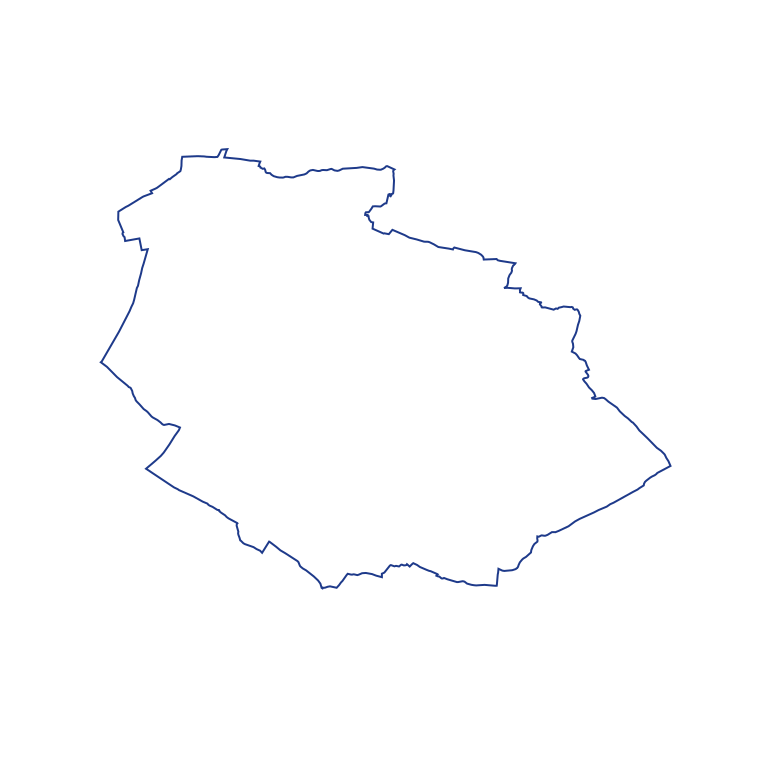 outline of Gornet-Cricov, Prahova, Romania, rotated 13°
{"feature_id": "2599482B42939343868004", "entity_name": "Gornet-Cricov", "entity_type": "district", "adm_level": 2, "iso_a3": "ROU", "parent_name": "Romania", "parent_adm1": "Prahova", "projection": "equal_earth", "projection_center": [26.28, 45.085], "detail": "fine", "context": "isolated", "style": "outline", "palette": "blue", "viewbox_px": 768, "rotation_deg": 13, "n_neighbors": 0, "source": "geoboundaries", "source_scale": "gbopen_adm2", "svg_char_len": 6143}
<svg xmlns="http://www.w3.org/2000/svg" viewBox="0 0 768 768"><g transform="rotate(13 384 384)"><path d="M571.8,496.0L574.4,495.8L575.4,495.5L577.3,494.2L580.9,490.6L584.4,489.8L587.3,487.8L595.8,481.1L601.1,474.9L605.0,471.4L617.5,461.9L621.5,458.5L628.6,453.4L631.5,450.2L634.3,448.1L650.8,433.2L654.8,429.8L656.3,428.0L659.9,424.4L659.8,422.7L660.3,420.7L661.3,419.2L664.4,415.4L665.9,413.9L668.3,412.0L669.6,410.5L670.3,409.2L681.6,399.4L678.5,395.2L675.8,392.6L673.4,389.6L672.4,388.9L669.0,386.8L664.2,384.8L652.5,377.3L643.2,371.8L639.6,368.6L635.2,365.6L634.0,365.3L629.4,362.6L625.7,361.0L619.9,357.6L616.3,354.6L606.6,350.7L603.3,348.9L601.6,348.2L599.5,348.3L593.6,351.0L590.3,351.4L589.9,350.8L592.2,349.2L592.7,348.5L590.7,345.5L587.9,343.3L584.6,341.3L581.3,338.2L578.6,336.3L576.9,334.7L577.0,334.2L577.7,333.4L580.4,332.2L581.2,331.5L581.4,330.7L581.2,329.9L580.7,329.2L577.6,326.6L577.6,326.1L577.9,325.8L580.5,324.0L577.5,320.3L575.6,317.2L574.7,316.2L573.7,316.1L573.1,315.6L569.2,315.6L568.1,314.8L565.6,312.5L563.7,311.2L559.7,310.2L560.2,305.6L559.1,302.3L557.9,300.4L557.7,299.4L559.4,292.0L559.7,289.3L559.7,282.7L560.1,278.7L559.9,273.3L558.6,271.8L557.5,269.8L556.1,268.3L555.4,267.9L554.8,268.0L553.1,268.8L551.5,268.1L550.7,266.9L549.6,266.7L548.3,267.2L541.6,268.1L539.6,269.2L537.2,270.3L536.3,271.7L534.6,271.7L532.6,273.4L523.9,273.1L520.7,273.9L520.4,273.8L520.1,273.0L517.9,271.2L517.9,270.6L518.8,269.4L518.6,269.1L515.8,269.3L514.0,268.3L511.1,267.8L506.3,267.9L504.4,267.2L503.9,266.6L503.2,266.2L499.6,266.0L499.3,264.2L498.9,263.9L498.2,263.8L497.1,264.1L495.9,264.1L495.8,263.3L495.3,262.0L495.6,260.0L490.2,261.4L482.6,262.5L479.4,263.5L481.5,261.4L482.0,260.2L482.1,257.4L481.3,253.2L481.8,249.8L482.1,248.9L483.0,247.0L483.2,245.3L483.2,244.7L482.7,243.6L482.6,242.4L483.2,239.5L484.0,238.6L484.2,237.9L484.6,237.6L484.9,236.8L469.2,237.9L466.9,237.8L465.6,236.9L453.2,240.3L452.4,238.3L451.6,237.5L449.6,236.2L446.4,235.1L444.0,234.8L432.7,235.5L421.8,235.2L421.0,236.5L420.9,237.4L416.8,237.5L406.1,238.3L401.2,236.7L396.5,235.6L395.0,235.5L391.1,236.3L383.4,235.8L375.8,235.7L370.8,234.3L357.5,231.9L355.0,236.9L350.4,237.1L349.8,237.5L337.9,235.2L337.1,229.0L335.1,229.1L332.7,227.2L331.5,225.0L331.2,223.9L330.8,223.8L330.0,224.0L329.9,223.0L327.6,223.5L327.4,221.7L327.8,220.7L330.3,220.1L330.7,219.7L332.4,215.8L333.1,213.5L335.3,212.8L340.5,211.9L341.2,211.4L343.9,208.2L344.5,207.8L345.7,207.4L345.7,198.4L346.8,197.6L347.1,197.6L347.6,198.3L347.8,199.5L348.2,199.6L348.8,197.8L348.8,197.1L349.8,196.5L350.0,196.0L349.7,193.2L348.0,183.5L346.3,178.7L346.1,177.0L345.1,174.7L345.1,174.0L345.4,173.2L345.9,172.6L338.2,171.0L337.3,171.3L336.9,171.7L336.2,172.9L334.9,174.3L332.9,175.8L332.1,176.1L329.0,176.6L325.8,176.4L314.2,177.5L308.7,179.6L295.4,183.5L292.3,186.0L290.7,186.8L287.7,187.0L284.6,186.2L283.5,186.6L280.3,188.5L276.4,189.2L275.1,189.7L273.6,190.8L272.6,191.1L271.2,191.4L266.6,191.4L264.1,192.5L262.7,193.9L261.2,196.2L259.3,197.7L252.5,200.8L249.2,203.1L246.9,203.6L243.6,203.8L241.3,204.3L239.8,205.3L238.7,205.7L235.8,206.3L233.5,206.5L229.8,206.3L227.3,205.4L225.6,204.2L222.7,204.7L221.8,204.6L221.0,204.0L220.0,202.0L218.9,200.9L217.5,201.6L214.9,200.9L214.5,200.0L212.8,199.8L213.1,196.8L213.4,195.1L206.9,195.7L203.2,196.5L193.4,197.1L177.4,199.2L178.0,192.5L178.5,190.4L173.4,192.0L172.8,192.4L171.4,198.2L170.6,200.2L167.8,201.1L160.0,202.5L157.7,202.7L151.3,203.9L136.3,208.0L136.5,211.7L137.6,217.2L137.8,220.7L137.7,222.4L134.9,225.4L134.7,226.1L131.2,230.0L129.2,232.7L128.4,232.5L118.7,243.9L117.3,245.1L113.1,248.2L115.1,250.3L107.4,255.4L106.3,256.4L94.8,267.8L92.6,269.6L86.4,275.8L88.1,284.0L95.9,294.9L95.4,295.5L95.4,296.6L97.0,298.6L98.2,299.3L99.6,302.9L112.9,297.2L117.8,308.1L123.5,305.8L122.7,321.0L122.3,325.4L122.4,330.8L122.1,337.9L122.2,343.7L121.6,346.1L121.6,358.1L121.4,361.8L120.5,365.6L119.7,370.3L114.0,392.7L103.9,425.6L103.2,426.5L110.2,429.6L122.3,437.3L134.6,443.4L136.0,444.4L137.4,444.6L138.1,444.9L140.2,447.4L141.3,449.8L142.9,452.0L144.5,453.6L145.6,455.5L146.7,456.5L150.3,458.8L155.5,462.5L158.7,463.8L160.3,464.7L164.7,467.9L166.2,468.6L171.4,470.1L174.9,471.7L177.0,473.0L178.3,473.4L179.1,473.3L183.5,471.3L189.5,471.4L195.0,472.3L194.6,474.8L194.3,475.7L191.7,481.8L188.5,491.2L184.8,500.4L182.7,504.3L178.5,510.3L171.2,520.1L202.7,532.0L206.7,532.9L208.1,533.5L223.5,536.4L233.8,539.4L239.0,540.3L239.7,541.0L241.3,541.7L244.6,542.3L250.0,544.2L251.5,543.9L252.2,544.6L251.9,544.7L252.4,545.1L254.2,546.0L258.7,547.7L260.6,549.0L262.7,549.9L272.2,552.5L272.5,552.7L272.2,553.2L272.1,553.7L272.3,555.2L275.3,560.7L275.4,562.2L276.0,563.6L277.8,566.3L279.1,568.7L279.6,568.8L282.8,570.8L284.5,571.3L293.6,572.3L296.9,573.5L300.8,574.3L303.2,575.9L307.5,563.4L308.0,563.5L315.6,566.9L320.5,569.4L325.9,571.1L339.5,576.0L340.7,576.8L343.0,580.1L343.8,580.7L346.4,582.0L350.0,583.1L358.9,587.3L364.0,590.3L366.9,592.8L369.1,596.7L370.1,597.0L370.3,596.2L370.7,596.3L372.4,595.7L374.8,594.2L376.9,593.3L383.7,593.2L385.5,590.0L386.7,587.1L387.8,585.3L390.4,578.9L391.3,577.1L395.0,577.1L395.9,576.9L396.8,576.4L397.8,576.2L401.0,576.2L402.4,575.4L405.2,573.3L408.8,572.2L415.1,571.9L419.5,572.5L425.4,572.7L424.6,569.3L426.3,568.1L426.9,567.4L430.6,559.6L431.4,558.9L435.2,559.3L436.6,558.5L439.7,558.4L441.3,556.3L442.0,556.0L444.2,556.3L445.7,555.8L446.6,555.3L446.9,554.4L450.1,556.1L451.6,553.6L452.8,552.0L457.0,552.9L460.1,554.2L467.3,555.5L469.9,555.9L471.6,555.9L478.6,557.2L479.1,557.4L478.4,558.4L478.2,559.0L479.8,559.3L481.3,559.2L483.4,560.3L484.2,560.5L485.2,560.2L486.1,559.5L489.6,560.0L499.7,560.6L500.8,560.3L504.9,558.5L506.0,558.4L507.0,558.5L509.8,559.8L514.3,560.0L517.1,559.8L519.2,559.5L527.2,557.1L537.7,555.6L539.2,555.2L539.1,554.0L537.7,544.2L537.6,541.9L537.1,538.3L541.2,539.2L543.2,539.1L550.8,536.6L554.0,534.7L554.6,533.8L555.1,533.5L555.7,532.0L555.9,530.0L556.5,527.2L558.1,524.0L559.0,522.7L561.3,520.5L565.1,515.1L564.9,512.7L565.6,508.6L566.5,506.1L568.9,503.1L568.8,501.9L568.0,499.9L567.7,498.0L569.2,498.0L571.2,496.3L571.8,496.0Z" fill="none" stroke="#1e3a8a" stroke-width="2"/></g></svg>